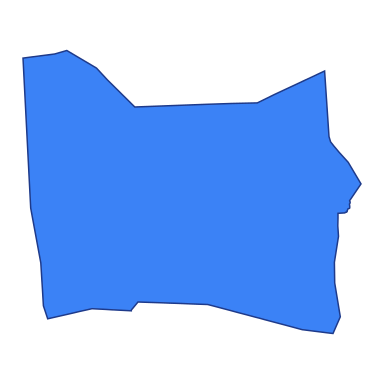 outline of Gurvantes, Ömnögovi, Mongolia
{"feature_id": "93677404B48845282063548", "entity_name": "Gurvantes", "entity_type": "district", "adm_level": 2, "iso_a3": "MNG", "parent_name": "Mongolia", "parent_adm1": "Ömnögovi", "projection": "equal_earth", "projection_center": [101.209, 43.334], "detail": "fine", "context": "isolated", "style": "filled", "palette": "blue", "viewbox_px": 384, "rotation_deg": 0, "n_neighbors": 0, "source": "geoboundaries", "source_scale": "gbopen_adm2", "svg_char_len": 1545}
<svg xmlns="http://www.w3.org/2000/svg" viewBox="0 0 384 384"><path d="M96.5,68.1L66.8,50.5L54.6,54.0L30.5,57.1L23.0,58.1L30.7,208.1L40.8,262.9L42.5,290.3L43.4,305.8L47.7,318.8L58.7,316.3L66.2,314.6L73.6,312.9L79.4,311.5L86.2,310.0L92.0,308.7L97.5,309.0L105.6,309.4L111.8,309.8L114.1,309.9L123.6,310.4L131.3,310.8L131.3,310.4L131.3,310.2L131.5,309.8L132.8,308.3L138.0,302.0L149.6,302.4L162.0,302.8L169.5,303.1L176.0,303.3L181.5,303.5L190.9,303.9L199.1,304.2L207.7,304.5L218.0,307.2L221.7,308.2L229.7,310.3L237.4,312.4L246.6,314.8L255.5,317.2L258.7,318.0L258.8,318.0L264.1,319.5L269.4,320.9L273.5,322.0L283.4,324.6L292.7,327.1L302.3,329.7L303.3,329.8L312.8,331.0L322.4,332.2L326.3,332.7L333.0,333.5L340.3,316.8L334.7,282.9L334.4,262.3L338.5,236.3L337.8,225.9L338.0,218.0L338.0,213.3L344.9,212.9L345.2,212.5L345.4,212.4L345.6,212.3L345.8,212.2L346.3,212.2L346.5,212.2L346.7,211.9L346.9,211.8L347.1,211.6L347.2,211.3L347.2,211.1L347.1,210.9L347.2,210.6L347.3,210.5L347.4,210.2L347.6,209.9L347.8,209.3L348.1,208.8L348.2,208.7L348.4,208.6L348.6,208.6L348.9,208.6L349.3,208.4L349.5,208.3L349.7,208.0L349.7,207.7L349.8,207.0L349.7,206.4L349.7,205.8L349.6,205.3L349.5,204.9L349.5,204.4L349.5,204.1L349.5,203.9L349.8,203.5L350.0,203.2L350.1,202.8L350.1,202.4L350.1,202.1L350.0,201.9L350.0,201.5L349.8,201.3L349.6,200.9L349.6,200.7L361.0,183.9L348.2,162.3L339.3,152.5L333.6,145.7L330.6,141.9L329.0,136.6L324.6,71.0L274.2,94.6L257.3,102.9L231.0,103.5L206.9,104.3L134.8,107.0L107.4,79.9L96.5,68.1Z" fill="#3b82f6" stroke="#1e3a8a" stroke-width="1.5"/></svg>